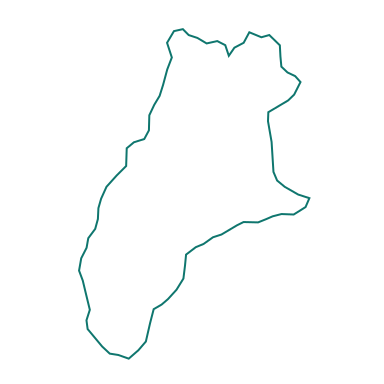 the district of Canitar, São Paulo, Brazil, rotated 357°
{"feature_id": "56859067B3303827607689", "entity_name": "Canitar", "entity_type": "district", "adm_level": 2, "iso_a3": "BRA", "parent_name": "Brazil", "parent_adm1": "São Paulo", "projection": "natural_earth1", "projection_center": [-49.789, -23.022], "detail": "fine", "context": "isolated", "style": "outline", "palette": "teal", "viewbox_px": 384, "rotation_deg": 357, "n_neighbors": 0, "source": "geoboundaries", "source_scale": "gbopen_adm2", "svg_char_len": 1124}
<svg xmlns="http://www.w3.org/2000/svg" viewBox="0 0 384 384"><g transform="rotate(357 192 192)"><path d="M257.6,35.5L251.4,45.7L241.9,50.1L235.9,57.9L232.9,47.1L225.1,42.6L214.4,44.4L205.4,38.4L196.9,35.1L191.4,28.9L182.4,30.4L174.9,41.7L178.9,56.6L173.7,68.3L168.7,83.6L164.7,94.3L158.9,102.9L153.4,113.1L152.2,128.2L147.1,136.6L136.6,139.3L129.1,144.9L127.6,162.6L117.7,171.5L106.9,182.3L100.9,193.9L97.7,203.2L96.6,214.1L93.4,223.8L86.0,232.7L83.8,242.2L77.9,252.4L75.1,264.6L78.3,274.8L80.6,287.3L83.8,304.3L79.9,314.6L80.6,323.4L94.2,341.6L101.4,349.1L109.9,350.9L120.1,355.1L130.2,347.2L138.1,338.9L143.3,320.7L147.6,307.0L155.8,302.8L162.4,297.7L171.4,288.8L178.9,278.0L181.2,264.9L182.8,254.2L192.9,247.3L200.8,244.5L210.6,238.3L219.2,236.0L235.2,227.6L241.9,224.7L256.4,225.8L264.6,223.0L271.3,220.5L280.2,218.7L292.4,219.8L304.6,213.0L308.9,204.3L297.9,200.1L284.9,191.7L277.6,185.0L274.4,176.2L274.1,146.2L271.6,125.3L272.4,116.3L292.8,105.6L299.1,100.1L306.1,87.9L301.1,81.7L293.6,77.6L287.8,71.5L287.4,61.2L287.4,50.1L277.4,39.3L269.4,41.1L257.6,35.5Z" fill="none" stroke="#0f766e" stroke-width="2"/></g></svg>